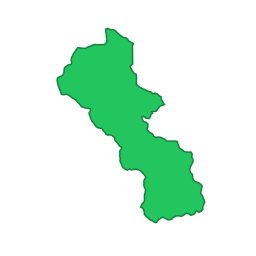 outline of Major Gercino, Santa Catarina, Brazil, rotated 254°
{"feature_id": "56859067B69843073310031", "entity_name": "Major Gercino", "entity_type": "district", "adm_level": 2, "iso_a3": "BRA", "parent_name": "Brazil", "parent_adm1": "Santa Catarina", "projection": "albers", "projection_center": [-49.062, -27.42], "detail": "fine", "context": "isolated", "style": "filled", "palette": "green", "viewbox_px": 256, "rotation_deg": 254, "n_neighbors": 0, "source": "geoboundaries", "source_scale": "gbopen_adm2", "svg_char_len": 2940}
<svg xmlns="http://www.w3.org/2000/svg" viewBox="0 0 256 256"><g transform="rotate(254 128 128)"><path d="M207.5,156.5L209.4,154.8L211.2,152.9L213.3,152.2L215.3,150.8L216.5,148.3L218.2,146.9L220.5,145.3L223.2,143.6L225.4,142.5L226.5,140.7L227.3,138.3L229.3,136.2L229.2,133.7L226.1,133.1L223.6,132.9L221.5,132.3L218.7,132.3L216.2,130.9L214.8,128.3L215.4,125.6L216.2,122.2L217.3,119.8L217.5,116.7L217.0,114.1L217.0,111.6L216.2,109.8L216.8,107.3L217.9,104.5L219.1,101.9L215.6,97.4L211.4,93.2L208.5,92.0L206.0,92.0L204.8,90.4L205.1,87.8L204.1,84.9L203.1,83.3L200.8,82.4L197.9,81.2L196.3,79.0L196.0,76.4L195.6,74.1L193.6,73.1L191.7,72.8L190.0,72.7L187.5,72.7L184.5,72.8L181.4,73.2L178.8,73.2L177.8,75.0L177.4,78.3L176.0,80.0L174.2,81.4L171.9,83.0L169.4,85.6L166.9,86.5L165.3,87.5L163.5,88.3L161.2,89.2L159.8,91.4L158.8,93.0L158.0,95.1L156.7,97.0L154.9,96.9L153.4,94.8L151.7,94.5L150.0,94.7L147.7,94.8L144.8,95.1L142.1,96.3L140.1,97.0L137.8,97.9L135.8,100.2L134.7,102.9L131.9,103.5L130.1,104.8L128.3,104.9L126.9,106.2L126.2,109.3L124.8,110.8L122.5,112.5L120.3,111.9L118.4,112.7L115.8,114.0L113.0,114.9L111.3,116.6L109.3,115.5L108.1,113.7L105.6,113.2L103.1,112.1L101.2,112.3L98.7,111.2L94.9,111.7L91.8,112.0L89.3,113.7L87.6,115.9L88.4,117.9L86.9,119.3L86.6,121.9L86.1,124.6L84.5,127.1L83.0,128.5L80.7,129.7L78.1,130.9L76.0,131.7L74.6,130.3L72.8,128.7L70.3,128.1L68.7,127.4L66.6,127.4L63.8,127.9L61.5,126.8L59.1,125.3L56.6,124.6L54.1,123.9L52.5,123.0L51.6,121.1L50.0,119.8L48.5,118.3L46.5,120.4L43.5,120.6L40.6,119.9L38.4,120.9L36.2,122.4L33.8,123.7L31.9,126.0L30.4,127.1L29.2,128.8L30.3,130.5L31.4,132.1L31.9,134.0L32.8,135.8L32.1,137.6L30.4,139.2L28.5,141.4L28.2,144.6L29.4,146.4L30.2,149.8L29.6,152.6L28.3,155.0L29.0,157.6L30.0,160.5L28.6,162.9L26.7,164.4L26.9,167.2L27.8,169.0L29.7,171.0L27.3,173.0L27.8,175.4L29.1,177.4L31.4,178.1L33.3,179.3L35.3,181.2L37.7,181.4L39.8,181.0L42.4,180.9L45.2,179.8L48.2,181.3L50.3,182.6L52.1,183.3L54.2,182.2L56.3,180.5L57.6,178.1L59.9,176.5L61.8,176.3L63.7,176.8L65.7,177.1L68.0,175.8L71.0,175.8L73.7,177.6L75.9,179.5L77.5,181.2L80.0,181.7L82.7,181.4L85.3,182.5L87.6,181.8L88.0,179.8L88.8,177.7L89.7,175.6L91.8,174.4L93.9,172.3L96.3,171.8L98.8,171.5L101.4,171.7L102.5,169.4L103.4,166.4L104.0,163.8L104.8,161.6L107.1,160.4L108.7,158.4L110.3,156.3L111.1,154.2L111.2,152.2L113.0,150.5L115.6,149.9L117.6,147.9L119.3,146.9L121.1,145.8L123.9,147.5L126.5,148.2L128.4,147.1L130.0,144.7L133.0,144.0L135.2,144.6L134.3,146.9L132.2,148.4L131.3,150.9L132.8,152.9L134.8,153.5L135.4,155.7L137.1,155.4L136.7,157.6L136.3,159.6L138.2,162.0L140.2,164.9L140.4,167.2L140.4,169.5L143.7,168.6L146.4,167.8L148.9,168.4L150.8,166.4L152.7,165.6L154.3,163.2L153.8,161.3L156.2,160.1L158.0,157.3L160.0,155.1L162.0,152.6L163.7,150.9L165.6,149.4L167.7,148.0L174.5,150.2L177.2,150.7L178.8,148.9L181.3,148.1L184.2,147.4L186.7,147.1L188.2,150.1L201.5,153.8L205.6,154.8L207.5,156.5Z" fill="#22c55e" stroke="#15803d" stroke-width="1.5"/></g></svg>